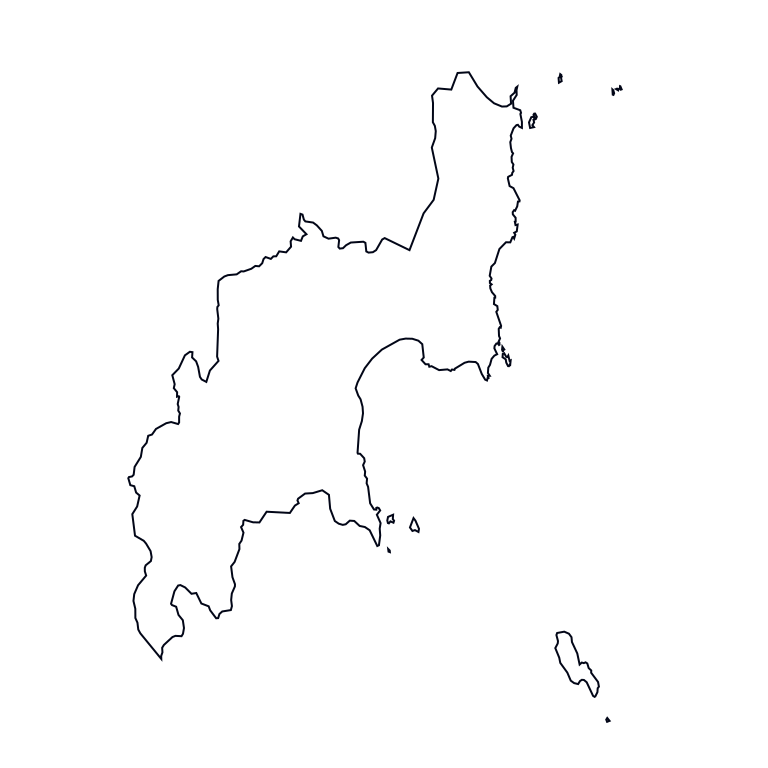 Quy Nhon, Bình Định, Vietnam, rotated 4°
{"feature_id": "81297802B6190272756602", "entity_name": "Quy Nhon", "entity_type": "district", "adm_level": 2, "iso_a3": "VNM", "parent_name": "Vietnam", "parent_adm1": "Bình Định", "projection": "natural_earth1", "projection_center": [109.246, 13.749], "detail": "fine", "context": "isolated", "style": "outline", "palette": "ink", "viewbox_px": 768, "rotation_deg": 4, "n_neighbors": 0, "source": "geoboundaries", "source_scale": "gbopen_adm2", "svg_char_len": 6106}
<svg xmlns="http://www.w3.org/2000/svg" viewBox="0 0 768 768"><g transform="rotate(4 384 384)"><path d="M435.7,68.6L430.6,85.6L417.3,85.4L411.8,93.0L413.3,100.3L414.5,119.5L416.7,122.9L418.0,128.1L417.9,135.2L415.2,144.8L423.9,175.3L420.7,196.8L411.6,211.0L400.1,248.7L374.5,238.4L372.1,240.0L366.8,251.0L363.7,253.3L359.4,254.0L357.1,253.0L355.6,244.5L353.5,243.5L341.0,245.2L336.5,248.2L333.6,251.4L330.4,252.0L328.9,250.5L329.2,243.7L328.1,242.0L325.6,241.4L318.5,242.9L313.3,240.9L311.3,235.6L305.9,230.4L302.0,227.9L294.2,227.3L292.6,225.6L290.9,220.7L288.8,220.1L288.2,232.8L296.2,240.0L292.7,242.4L291.2,247.0L284.7,245.8L282.9,244.2L280.9,248.2L281.7,253.5L277.2,259.5L270.2,259.0L267.6,264.1L264.7,264.4L262.4,267.1L257.0,265.6L255.1,267.8L254.1,272.0L251.2,275.3L247.4,275.2L243.6,278.3L236.2,281.5L233.6,281.5L229.4,284.9L220.7,286.3L217.2,287.9L211.8,292.7L211.5,301.0L212.3,311.7L213.6,317.0L212.4,318.8L212.4,320.9L214.2,330.4L213.9,335.3L214.7,340.9L215.6,368.3L217.3,372.5L209.4,382.7L206.6,394.3L201.8,392.2L199.9,389.7L197.4,379.9L195.0,374.5L190.7,370.9L190.7,365.6L188.1,365.4L183.4,369.3L178.2,382.9L172.2,390.0L175.2,398.8L174.6,402.8L178.2,406.6L178.4,411.1L180.1,410.5L180.6,411.1L179.6,418.4L180.7,421.2L180.6,424.9L182.5,427.6L181.9,430.8L182.3,436.7L181.4,438.3L174.3,436.8L169.5,438.3L159.7,444.7L156.1,450.6L152.4,452.1L151.3,459.2L147.4,464.6L146.5,473.7L141.0,484.1L140.6,492.0L139.1,493.8L136.1,494.6L135.5,495.8L138.0,502.6L142.0,503.4L144.3,509.6L148.0,512.3L146.3,523.4L142.0,531.4L146.2,552.7L155.3,557.2L157.8,559.8L162.8,567.0L164.3,572.9L163.8,576.9L158.9,581.5L158.2,584.0L158.5,587.6L160.1,591.7L152.7,601.9L149.5,611.0L149.2,617.9L151.6,625.6L152.3,634.8L154.7,639.3L156.0,646.1L158.3,649.7L181.0,673.8L180.7,670.8L181.7,667.2L181.1,662.6L182.6,659.7L190.6,651.2L193.5,649.8L199.6,649.7L200.9,647.2L201.5,641.4L199.8,633.7L195.1,628.7L192.2,620.7L187.9,619.3L186.9,618.1L189.4,605.4L192.7,599.4L194.9,598.8L199.8,600.8L206.6,606.7L211.3,605.6L217.1,615.7L224.6,618.0L226.4,621.9L232.9,629.4L234.9,629.1L235.9,624.9L238.5,622.2L247.0,620.2L247.8,616.2L246.6,610.2L246.8,603.6L249.4,596.3L249.3,594.1L246.3,587.3L244.2,576.6L247.4,571.9L251.3,558.8L250.8,553.6L252.8,550.2L254.2,542.1L251.4,536.7L253.3,534.3L253.3,530.3L254.5,529.3L263.0,531.1L269.4,530.8L275.8,519.6L299.1,519.2L303.6,511.5L307.2,508.9L305.8,506.2L306.3,504.4L312.9,498.8L320.6,497.8L329.8,494.3L336.8,498.4L339.0,512.2L344.5,524.1L348.6,526.5L352.7,527.4L355.6,526.6L359.4,522.7L363.9,522.7L369.6,527.3L374.9,528.0L379.9,530.9L388.6,546.1L390.2,545.2L390.8,535.3L389.8,528.6L390.3,523.0L386.0,514.9L389.0,510.4L387.5,508.2L385.9,507.7L385.0,508.1L385.1,509.9L382.8,509.9L378.5,504.0L375.3,487.7L373.6,484.3L373.7,479.6L371.2,476.7L371.3,472.7L368.8,466.4L370.2,462.7L369.4,459.4L365.1,455.3L362.8,455.3L362.4,454.5L362.4,431.3L364.5,422.6L365.1,414.7L364.2,408.2L361.7,400.9L359.1,397.3L356.0,390.3L357.5,384.3L363.7,369.6L370.4,359.5L379.5,349.8L396.5,338.7L402.4,337.2L409.1,336.9L415.3,338.4L419.4,341.6L421.8,354.8L419.8,357.4L424.0,361.4L427.1,361.2L428.0,363.6L430.2,362.9L438.0,366.3L446.3,365.0L449.7,366.4L450.8,364.8L453.3,365.0L453.7,363.7L462.9,357.2L466.9,355.8L473.9,355.7L476.3,357.5L480.8,367.1L484.6,372.6L486.5,373.3L487.0,370.4L488.2,371.5L487.1,368.6L488.9,368.4L486.9,365.8L486.9,360.4L488.4,357.5L489.6,351.4L492.1,348.0L494.8,346.4L491.6,340.7L491.7,338.4L493.3,335.8L494.6,335.5L496.0,337.1L496.5,336.7L496.2,334.6L495.3,334.0L496.6,330.4L495.4,328.1L494.6,321.0L495.5,319.3L496.5,319.7L496.8,317.9L491.0,304.2L492.3,302.1L491.6,298.4L488.1,296.6L488.1,290.2L488.9,290.1L488.8,288.5L485.3,284.9L483.4,281.2L483.0,278.4L484.4,277.1L482.6,275.9L482.4,273.7L483.7,272.8L483.9,271.3L481.9,268.7L482.9,259.4L486.2,255.6L489.7,241.3L495.8,234.1L500.1,233.9L501.9,228.6L503.3,228.0L503.3,229.2L503.7,229.8L504.6,225.9L503.3,224.1L505.8,222.5L506.2,215.6L504.1,216.3L503.2,213.0L504.0,212.8L503.7,209.0L500.7,205.8L500.4,203.6L501.7,201.5L502.7,202.0L504.5,197.5L504.9,192.7L506.4,192.4L506.5,191.3L499.5,179.6L495.5,177.8L493.2,170.2L493.4,168.7L497.1,166.4L497.2,164.5L498.4,162.5L497.3,159.3L497.8,156.0L496.0,153.6L495.4,148.5L496.7,144.9L495.5,143.7L494.2,139.8L493.1,133.9L494.1,130.5L493.1,127.4L495.4,119.9L498.1,116.5L499.5,116.1L500.9,117.8L503.7,118.9L503.3,112.9L501.2,105.1L501.8,104.0L500.8,101.4L493.9,99.4L492.9,92.4L496.2,86.4L495.7,81.6L496.2,78.1L494.8,79.4L493.9,84.3L490.2,88.1L491.2,95.5L487.1,98.5L482.3,99.0L474.2,96.3L466.6,90.8L456.5,80.7L446.9,67.1L435.7,68.6ZM581.1,618.5L574.1,620.3L573.5,622.4L575.5,628.3L575.4,630.7L573.3,635.5L577.9,644.8L579.3,649.9L587.0,659.1L591.0,666.9L594.5,669.1L598.6,669.8L600.2,666.7L602.0,665.3L604.1,665.3L607.0,667.4L614.3,680.5L615.9,681.4L616.6,680.9L618.4,676.5L618.4,672.6L619.5,670.9L618.3,666.3L610.8,657.6L610.7,655.3L608.0,653.1L606.3,648.6L604.5,647.6L602.8,648.5L600.7,648.1L598.7,650.2L595.6,639.3L589.5,628.3L588.7,623.5L585.9,620.2L581.1,618.5ZM428.7,529.2L429.0,526.0L424.9,518.1L422.8,515.7L419.9,525.3L422.6,528.6L425.1,527.6L428.7,529.2ZM504.1,348.4L501.7,344.9L500.4,345.7L500.4,349.0L503.7,350.9L504.5,354.2L506.5,357.5L507.4,357.5L508.0,356.1L508.5,357.3L508.7,351.6L507.7,352.2L506.0,346.9L505.2,348.5L504.1,348.4ZM402.2,518.1L402.2,513.8L397.3,516.3L396.8,519.9L397.6,522.4L398.6,522.7L400.0,520.6L403.1,521.7L403.6,519.7L402.2,518.1ZM516.1,109.5L514.3,106.9L512.3,107.6L510.4,112.9L511.9,118.4L515.7,117.3L514.0,115.4L515.5,112.6L514.7,110.1L516.1,109.5ZM538.9,64.5L539.2,63.3L538.2,62.6L537.8,65.5L536.8,66.5L537.5,71.2L540.1,69.5L539.3,66.3L539.8,64.8L538.9,64.5ZM517.2,108.4L517.8,106.8L515.9,103.7L515.0,103.8L514.4,104.8L515.2,107.0L517.2,108.4ZM630.1,705.4L632.5,704.3L630.0,701.6L629.1,703.3L630.1,705.4ZM501.6,341.2L499.5,338.5L499.4,341.6L500.5,343.7L500.5,342.0L501.6,341.2ZM593.3,77.9L592.2,74.9L591.3,74.2L592.0,79.4L592.7,79.6L593.3,77.9ZM401.6,551.3L401.3,549.7L399.7,548.3L400.2,550.9L401.6,551.3ZM600.5,73.5L599.0,70.5L598.7,70.4L598.6,72.9L599.6,73.9L600.5,73.5ZM597.3,73.4L595.9,73.1L594.9,73.6L597.1,74.7L597.3,73.4Z" fill="none" stroke="#020617" stroke-width="2"/></g></svg>